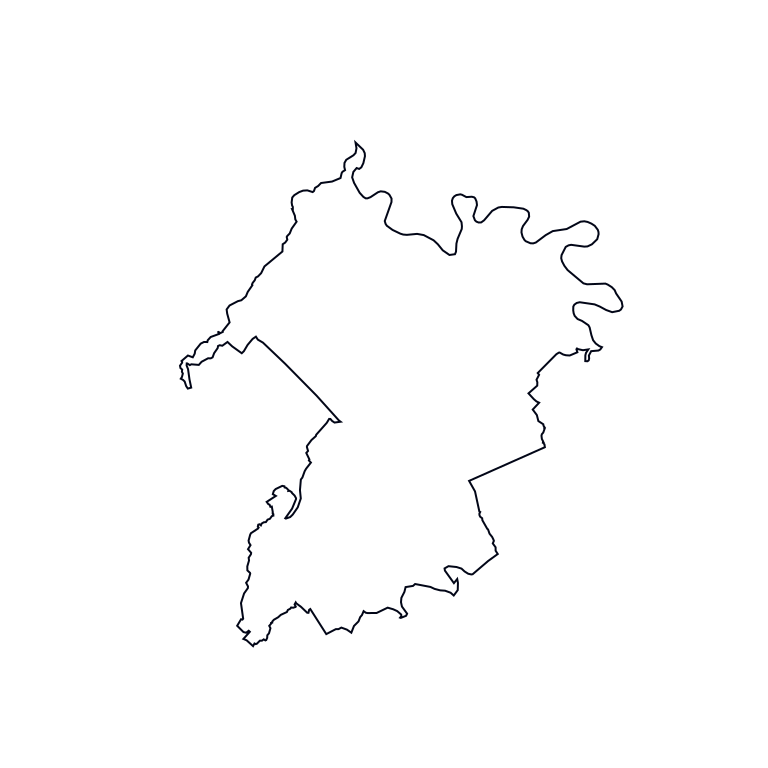 the district of Icusesti, Neamt, Romania, rotated 144°
{"feature_id": "2599482B97507764985483", "entity_name": "Icusesti", "entity_type": "district", "adm_level": 2, "iso_a3": "ROU", "parent_name": "Romania", "parent_adm1": "Neamt", "projection": "albers", "projection_center": [26.969, 46.799], "detail": "fine", "context": "isolated", "style": "outline", "palette": "ink", "viewbox_px": 768, "rotation_deg": 144, "n_neighbors": 0, "source": "geoboundaries", "source_scale": "gbopen_adm2", "svg_char_len": 6166}
<svg xmlns="http://www.w3.org/2000/svg" viewBox="0 0 768 768"><g transform="rotate(144 384 384)"><path d="M265.1,596.1L267.7,590.9L271.2,587.6L274.3,587.0L282.7,587.6L286.0,586.1L288.5,583.0L289.8,579.9L292.8,580.1L294.3,579.5L298.1,576.2L307.0,578.3L316.8,583.6L320.9,582.9L324.5,583.2L327.2,581.3L328.9,581.2L332.2,585.7L335.8,588.0L339.8,589.1L345.6,589.5L348.6,588.8L352.0,585.2L353.4,582.5L353.7,580.8L355.1,578.9L355.6,579.4L357.2,572.5L359.0,569.3L359.3,566.7L367.3,564.0L371.8,561.2L375.3,560.6L376.3,560.1L377.4,557.6L380.8,556.5L383.8,556.6L388.3,550.9L411.6,549.4L418.2,545.9L422.7,545.1L425.2,545.5L427.6,543.9L430.8,543.0L432.3,542.1L432.4,541.3L440.1,538.6L444.2,536.1L450.2,535.6L453.5,536.9L462.8,538.3L467.5,536.8L469.5,533.1L472.7,524.6L483.4,521.6L483.8,520.9L486.7,521.4L487.2,523.3L487.6,523.4L488.2,521.5L496.6,523.9L500.9,523.0L502.3,521.8L504.9,523.8L508.6,524.4L517.0,522.1L519.3,519.8L523.0,518.0L525.9,522.3L534.3,521.6L534.3,520.5L534.8,519.9L538.3,518.7L539.3,516.5L538.8,514.3L540.3,512.7L540.6,510.7L543.4,508.4L545.3,507.7L544.2,505.5L543.8,503.2L545.3,498.5L545.4,495.6L542.1,494.4L538.7,502.0L533.8,511.2L532.8,515.0L531.5,516.6L531.0,516.2L530.0,513.4L528.3,513.2L522.6,508.3L518.5,509.2L511.2,508.2L509.1,506.6L507.0,506.3L503.3,508.8L497.5,510.8L495.9,512.3L494.1,511.9L492.3,510.0L485.9,510.0L484.7,503.7L481.0,492.5L478.1,492.9L471.4,495.8L463.8,497.7L459.8,497.6L460.0,494.1L457.6,488.6L452.1,458.6L445.4,414.2L441.9,380.9L441.3,379.0L446.7,381.9L447.7,384.6L447.9,387.2L448.9,388.0L453.2,386.2L468.7,382.8L469.8,381.9L475.6,381.3L482.7,379.1L483.4,378.4L484.8,374.5L487.4,373.9L488.7,366.8L489.7,366.3L489.3,363.4L496.7,361.3L499.4,360.1L505.0,356.3L507.4,355.6L514.4,347.5L518.6,340.3L526.3,334.9L534.6,332.0L538.1,331.5L542.5,332.8L542.8,333.4L531.6,337.2L522.8,342.6L522.3,343.3L521.9,346.3L522.5,349.8L522.3,350.8L523.2,353.2L524.2,353.7L523.7,354.1L523.9,356.3L524.3,357.7L525.2,358.7L524.7,359.8L526.2,361.4L533.4,362.7L536.1,362.2L538.7,360.2L537.3,357.0L548.2,357.6L548.2,354.8L547.5,353.6L548.1,351.4L546.8,350.8L549.4,345.5L550.0,345.1L550.0,343.7L551.0,343.3L551.0,342.6L552.5,343.0L555.6,342.0L557.9,342.7L560.7,341.7L562.6,342.8L565.1,343.0L566.7,342.0L567.2,343.7L568.4,344.1L570.0,342.7L569.8,341.6L570.8,341.1L579.4,341.5L580.9,340.7L585.6,336.9L586.5,335.0L586.7,332.1L591.1,330.3L590.7,325.5L591.7,324.5L595.6,323.0L596.9,320.6L601.8,316.8L604.1,313.5L603.4,310.0L603.7,309.2L608.6,305.4L612.4,304.2L613.0,300.2L614.1,298.9L620.3,296.8L628.5,290.8L635.9,276.9L637.0,276.6L637.9,277.7L644.9,274.7L643.5,265.9L641.7,263.8L638.5,263.9L638.2,262.4L647.6,260.4L645.8,257.4L644.0,248.9L641.3,250.2L640.7,249.0L639.5,248.6L635.3,249.3L633.6,248.1L631.4,248.1L630.7,246.3L629.8,246.1L627.7,247.3L626.1,249.3L623.6,249.9L619.4,253.2L619.0,255.8L616.5,256.4L615.8,257.1L614.7,256.6L614.0,257.5L611.7,258.0L606.7,257.5L603.2,257.9L596.6,256.6L594.6,257.7L591.9,257.3L590.5,257.8L589.0,256.4L586.6,255.6L586.2,255.8L585.9,258.2L583.8,259.2L583.9,258.1L582.1,252.4L580.6,244.1L579.6,243.3L577.3,245.3L575.9,245.3L577.7,215.6L567.1,214.0L564.8,212.4L561.7,212.0L558.4,207.1L556.6,202.0L550.5,205.9L544.2,206.9L540.3,209.4L537.7,210.0L534.0,212.2L533.2,209.7L532.0,208.4L524.6,203.1L512.5,200.9L509.0,196.4L506.8,192.5L505.6,187.4L506.4,186.0L508.3,185.5L507.9,184.9L502.4,183.5L500.3,184.6L500.3,193.4L498.5,197.5L495.6,200.8L489.7,203.8L485.9,207.0L479.2,203.6L476.4,203.9L465.7,192.5L463.5,188.5L459.8,184.0L456.1,180.9L452.8,176.0L451.9,171.9L445.5,173.9L441.1,179.6L439.4,183.2L444.5,181.8L444.4,197.2L443.4,199.2L438.9,198.7L432.9,193.3L429.8,189.1L429.0,185.0L427.4,181.0L425.3,178.6L424.1,178.0L403.8,179.6L391.9,179.6L391.7,183.5L389.7,186.3L389.7,191.1L387.3,192.5L386.9,193.9L386.4,196.7L386.6,200.9L385.3,205.2L385.6,206.1L384.5,215.9L383.5,217.7L384.2,220.1L383.9,221.6L383.2,222.9L381.4,223.9L381.8,224.8L373.5,243.6L372.1,255.6L291.0,238.3L289.7,240.8L289.8,242.4L289.4,242.7L289.9,243.2L289.0,244.1L288.6,246.7L287.0,249.6L285.8,250.6L283.7,251.1L279.8,253.8L280.2,254.3L279.5,255.1L279.5,256.4L278.8,257.8L280.9,263.3L278.6,269.0L278.7,275.9L269.5,277.7L270.9,280.3L271.7,283.7L272.6,291.5L261.0,292.6L258.9,295.3L258.1,297.8L253.1,300.3L253.2,302.5L227.0,306.8L224.1,306.6L223.4,306.2L221.7,302.5L219.9,300.3L217.0,297.9L208.9,296.0L207.9,299.0L207.0,299.3L206.4,298.0L203.2,294.4L198.4,291.9L202.2,290.5L204.2,288.9L207.7,284.2L206.0,282.8L204.5,282.8L203.0,284.1L201.5,286.6L197.1,288.8L190.8,285.0L188.7,284.8L186.0,285.7L187.5,288.0L188.9,292.3L189.1,296.5L187.5,301.6L184.4,308.9L184.1,311.4L186.7,318.6L189.2,322.8L189.7,327.0L189.0,329.7L187.6,332.4L185.3,335.4L183.4,336.3L180.5,336.3L177.6,335.1L166.8,324.6L163.9,319.8L160.8,313.3L157.2,308.0L150.7,305.0L148.5,305.0L145.4,306.5L143.3,311.0L143.0,320.8L142.2,324.4L142.8,328.5L144.6,333.0L145.9,335.1L161.1,345.3L163.5,348.2L168.5,368.2L168.6,373.6L167.9,378.5L166.7,381.6L164.6,383.9L156.4,388.1L153.2,387.7L150.8,386.6L141.2,377.4L138.5,375.7L133.7,374.8L126.4,375.8L122.3,379.1L121.1,381.0L120.4,383.1L120.5,388.1L121.9,391.8L124.0,395.4L126.3,397.9L129.6,399.8L145.1,402.0L157.6,408.5L165.7,409.4L178.0,409.2L180.7,410.1L182.8,411.8L185.4,416.2L185.7,418.0L185.3,421.8L183.7,425.8L181.7,428.2L178.7,430.1L171.3,432.4L168.2,434.1L166.2,437.4L166.1,439.1L166.6,440.9L168.2,443.9L175.2,450.7L184.6,458.0L187.8,459.6L194.7,460.5L206.8,457.6L210.4,457.6L212.5,459.0L213.8,461.0L214.2,463.0L213.0,467.3L203.6,474.1L201.9,477.2L201.1,480.6L201.4,482.1L202.9,483.9L207.5,486.8L209.7,491.3L210.8,492.6L214.4,494.3L216.8,494.5L219.1,493.9L221.3,492.3L223.1,489.3L225.4,479.4L226.2,469.3L228.3,465.7L230.0,463.7L239.1,458.2L242.8,455.1L248.0,448.7L250.3,447.3L255.2,449.9L257.9,457.6L258.3,465.4L259.4,471.1L264.3,481.1L269.0,486.0L277.8,491.2L280.6,493.6L282.4,496.0L286.5,503.6L288.7,510.4L288.6,512.6L287.6,515.4L271.0,526.8L268.9,529.6L268.4,533.9L268.8,535.8L270.4,539.0L273.4,541.8L276.2,542.7L285.1,543.1L288.2,543.9L289.7,545.0L290.7,547.5L291.3,553.0L290.0,564.3L288.3,569.9L284.1,573.6L279.2,574.8L277.7,572.6L275.0,572.6L270.9,574.8L265.5,579.5L263.9,582.1L263.2,585.8L265.1,596.1Z" fill="none" stroke="#020617" stroke-width="2"/></g></svg>